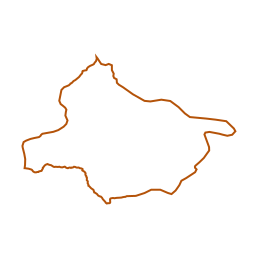 Benoue, Nord, Cameroon (Equal Earth projection), rotated 265°
{"feature_id": "32672807B41938793250317", "entity_name": "Benoue", "entity_type": "district", "adm_level": 2, "iso_a3": "CMR", "parent_name": "Cameroon", "parent_adm1": "Nord", "projection": "equal_earth", "projection_center": [13.438, 9.181], "detail": "fine", "context": "isolated", "style": "outline", "palette": "amber", "viewbox_px": 256, "rotation_deg": 265, "n_neighbors": 0, "source": "geoboundaries", "source_scale": "gbopen_adm2", "svg_char_len": 2668}
<svg xmlns="http://www.w3.org/2000/svg" viewBox="0 0 256 256"><g transform="rotate(265 128 128)"><path d="M115.4,234.7L118.3,233.4L126.2,226.5L128.7,215.9L130.6,206.6L133.5,190.6L136.9,186.7L137.5,186.0L143.2,181.2L144.4,180.2L151.2,172.5L153.3,163.7L152.5,152.6L153.6,146.8L161.1,135.9L167.9,127.9L168.7,127.0L171.4,123.4L171.8,122.8L174.0,120.9L177.5,120.9L179.1,118.5L181.1,117.9L182.1,118.2L183.4,118.5L187.0,117.0L191.9,117.4L193.5,114.4L192.6,111.2L194.1,106.9L197.5,105.0L200.0,103.7L201.4,102.8L199.6,102.9L198.5,102.4L197.3,101.9L196.1,100.6L194.6,99.5L194.1,98.4L193.2,95.7L192.1,93.6L190.8,92.3L189.7,92.0L189.2,91.6L189.1,90.0L188.7,87.8L188.2,87.5L187.3,87.4L186.3,86.9L185.3,85.7L184.5,85.0L183.1,83.7L180.4,79.8L179.5,77.8L178.2,76.4L177.6,75.6L177.4,74.7L177.1,74.6L175.7,72.8L175.0,70.6L174.2,67.9L173.6,67.2L171.7,65.0L161.1,61.9L158.1,62.9L157.7,63.0L156.1,64.8L153.7,67.2L151.6,68.2L149.4,67.5L145.8,66.7L142.8,67.7L140.8,68.4L137.4,66.9L134.9,64.0L132.0,58.4L130.7,53.3L129.7,42.2L128.8,40.9L127.7,40.1L126.7,38.5L126.2,33.9L125.6,29.9L124.3,25.4L123.1,22.8L119.4,21.3L117.6,21.4L111.4,22.4L106.0,22.9L100.1,22.2L97.0,21.5L96.9,22.2L96.6,23.3L96.1,25.5L95.0,28.2L94.6,28.7L93.0,29.7L92.2,30.8L92.0,31.2L91.8,32.5L92.0,33.3L92.1,34.4L92.0,35.0L92.4,35.3L92.6,36.0L92.8,38.0L93.1,38.4L93.7,38.6L95.1,39.7L95.9,39.7L96.6,40.6L97.5,41.3L98.3,42.3L98.9,43.6L98.9,44.3L99.1,44.7L98.3,46.1L97.6,48.2L96.6,49.5L95.9,50.4L95.6,51.4L95.7,52.5L95.3,54.8L95.4,56.3L94.9,57.2L94.7,57.9L94.5,59.1L95.0,61.5L94.8,62.0L94.1,62.6L93.6,63.4L93.3,64.2L93.2,64.7L93.6,65.7L93.7,66.4L93.6,67.0L93.2,67.7L93.5,68.1L93.5,68.6L93.4,69.4L93.8,70.4L94.1,70.8L93.8,72.0L93.2,73.0L93.0,73.6L92.9,75.5L92.2,76.4L91.9,77.7L91.2,79.1L90.8,79.2L89.7,78.8L89.2,79.5L88.1,81.0L87.3,81.3L86.9,81.7L86.4,81.8L85.4,81.5L84.2,81.8L83.9,82.2L83.1,82.3L82.5,82.4L82.3,82.7L80.9,82.6L79.7,82.4L78.4,83.3L76.4,83.0L75.2,83.6L74.3,83.5L73.9,83.5L73.6,84.1L71.1,86.1L69.5,88.1L69.1,88.3L68.2,88.4L67.6,88.7L66.8,88.7L66.4,89.5L65.0,91.3L63.3,92.4L62.5,93.6L62.0,95.0L60.7,96.1L59.3,96.7L57.1,98.4L56.3,99.0L55.5,99.3L54.6,100.4L54.9,101.3L54.7,102.5L54.8,103.3L55.5,103.8L58.6,103.9L59.2,104.3L59.4,104.8L59.6,106.9L59.2,108.4L59.4,110.5L59.3,113.4L59.3,115.7L59.5,116.4L59.7,118.6L59.6,119.1L60.2,120.9L59.7,129.9L61.8,138.9L64.5,145.8L63.7,154.8L59.9,161.9L59.5,162.8L58.4,165.6L61.5,169.9L63.0,171.2L66.6,174.2L70.8,176.6L73.0,181.5L78.1,191.0L80.8,192.7L82.6,191.3L83.6,191.3L84.4,191.7L87.6,196.1L91.5,200.9L98.5,206.9L101.9,207.1L114.9,203.6L116.7,204.7L117.0,208.8L114.3,218.5L113.1,221.7L111.6,226.3L112.2,231.2L115.4,234.7Z" fill="none" stroke="#b45309" stroke-width="2"/></g></svg>